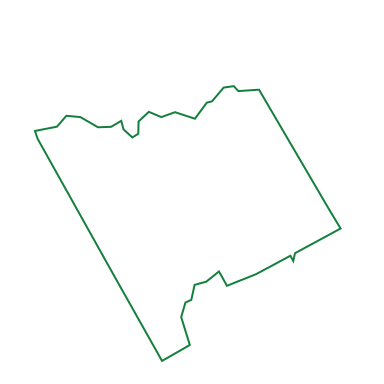 Lee, Georgia, United States of America, rotated 240°
{"feature_id": "52423323B57343387643599", "entity_name": "Lee", "entity_type": "district", "adm_level": 2, "iso_a3": "USA", "parent_name": "United States of America", "parent_adm1": "Georgia", "projection": "robinson", "projection_center": [-84.108, 31.769], "detail": "fine", "context": "isolated", "style": "outline", "palette": "green", "viewbox_px": 384, "rotation_deg": 240, "n_neighbors": 0, "source": "geoboundaries", "source_scale": "gbopen_adm2", "svg_char_len": 618}
<svg xmlns="http://www.w3.org/2000/svg" viewBox="0 0 384 384"><g transform="rotate(240 192 192)"><path d="M323.4,86.5L315.0,84.9L153.6,82.6L60.7,81.6L60.6,113.6L89.1,120.1L99.5,131.0L99.0,137.5L110.3,147.9L107.2,159.5L109.7,175.6L93.3,175.4L88.8,206.5L87.6,245.3L81.6,245.2L87.5,250.6L86.1,302.4L109.3,302.0L247.1,301.2L256.2,282.6L262.8,281.1L266.6,271.6L260.5,254.6L262.0,249.5L254.0,231.2L269.6,217.2L272.2,202.9L283.0,194.7L279.8,181.0L269.3,174.6L269.1,167.6L280.4,164.0L289.0,166.3L288.9,154.5L295.1,142.9L312.7,132.8L320.8,121.3L316.1,107.7L323.4,86.5Z" fill="none" stroke="#15803d" stroke-width="2"/></g></svg>